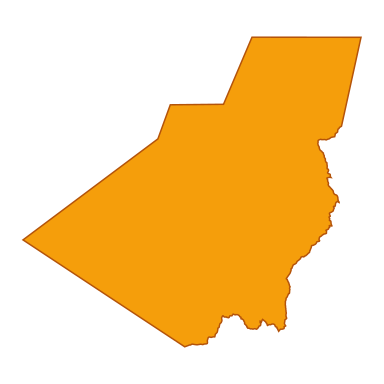 outline of Obura/Wonenara District, Eastern Highlands, Papua New Guinea
{"feature_id": "67681753B51845226746090", "entity_name": "Obura/Wonenara District", "entity_type": "district", "adm_level": 2, "iso_a3": "PNG", "parent_name": "Papua New Guinea", "parent_adm1": "Eastern Highlands", "projection": "orthographic", "projection_center": [145.927, -6.831], "detail": "fine", "context": "isolated", "style": "filled", "palette": "amber", "viewbox_px": 384, "rotation_deg": 0, "n_neighbors": 0, "source": "geoboundaries", "source_scale": "gbopen_adm2", "svg_char_len": 5695}
<svg xmlns="http://www.w3.org/2000/svg" viewBox="0 0 384 384"><path d="M252.0,37.2L223.5,104.3L170.3,104.8L157.9,138.9L42.9,225.0L23.0,239.9L108.6,296.5L184.0,346.3L184.7,346.8L186.1,346.3L187.2,345.9L188.8,345.3L189.4,345.0L190.2,345.0L190.8,344.9L191.2,344.5L192.2,344.1L195.2,344.6L197.1,344.8L200.8,344.2L201.7,344.4L202.9,344.6L203.9,344.1L206.7,343.8L207.3,343.4L207.5,342.5L207.3,340.7L208.1,337.9L208.7,337.2L209.7,337.0L211.1,337.4L213.4,336.8L214.7,336.9L215.0,336.1L215.1,335.2L215.4,334.2L216.1,333.5L217.1,332.4L217.5,331.2L217.8,329.5L217.8,328.7L217.9,328.2L218.7,327.7L219.2,327.1L219.4,325.7L219.8,324.1L220.1,323.5L220.7,323.1L221.3,322.4L221.6,321.5L221.9,320.9L221.9,319.9L221.7,318.9L221.6,317.8L222.6,315.9L223.3,315.9L224.0,316.8L224.9,317.1L226.2,316.9L227.1,317.5L227.7,317.5L228.3,317.7L228.7,317.7L229.2,317.3L229.6,316.3L230.0,315.8L231.0,315.8L231.9,315.8L233.1,314.1L233.9,314.3L234.3,314.6L235.2,314.9L235.6,314.6L237.7,314.7L238.4,315.1L239.2,315.6L239.9,316.8L240.8,317.1L241.0,317.4L240.9,318.3L241.2,319.0L242.1,318.9L243.6,320.2L243.9,321.2L244.5,322.1L244.6,322.8L244.6,323.7L244.9,324.2L245.7,324.7L246.1,325.5L246.6,325.8L246.8,326.7L247.3,327.0L247.2,327.4L247.8,328.2L248.4,328.2L249.2,328.3L249.7,328.5L250.3,328.9L251.6,328.8L252.2,329.0L253.1,329.1L253.8,328.9L254.4,328.7L255.4,328.8L256.3,329.2L256.8,329.1L257.5,328.5L258.3,327.6L259.2,326.0L260.3,325.7L260.6,325.2L260.8,323.9L260.6,323.3L260.1,322.3L260.2,321.2L260.8,321.5L261.4,322.1L261.7,321.4L262.2,320.0L262.6,319.4L263.0,319.7L264.2,320.7L265.8,322.0L266.0,322.7L266.6,323.2L267.0,324.1L267.2,325.1L267.7,325.5L268.5,324.8L269.2,324.6L269.9,324.7L270.7,324.7L272.1,324.0L273.7,324.1L274.6,324.7L275.0,325.5L275.4,326.6L276.9,327.3L277.0,328.2L277.3,328.5L278.7,331.3L280.4,329.2L282.1,329.2L283.8,328.7L284.0,328.4L284.2,327.9L284.1,326.8L285.1,326.3L285.7,325.9L285.6,325.6L285.1,325.1L284.5,323.8L284.4,323.4L284.8,321.3L284.8,320.0L285.4,319.6L286.6,318.5L286.5,317.9L286.5,317.4L286.0,316.7L286.1,316.1L285.9,315.0L286.3,313.1L286.0,311.5L286.0,310.7L285.8,309.8L285.8,308.4L285.5,307.2L285.6,306.0L285.3,305.2L285.4,302.4L285.3,301.7L285.8,300.3L286.0,299.6L286.1,298.2L287.2,296.9L287.6,295.8L288.6,293.6L289.1,293.6L289.4,293.3L289.6,292.1L289.6,290.7L289.9,289.6L289.6,288.8L289.6,287.9L290.1,286.8L289.6,286.0L289.4,285.2L289.1,284.1L288.6,282.5L288.0,281.6L287.2,279.5L286.5,279.1L286.3,278.5L289.1,274.6L289.6,273.9L290.1,273.1L290.4,272.5L290.5,271.7L290.9,271.1L291.0,270.6L291.1,269.9L291.0,268.9L291.5,268.6L292.0,268.1L292.2,267.3L292.5,266.6L293.0,265.4L293.3,264.9L294.0,264.5L295.4,263.8L296.2,263.2L296.5,262.7L296.9,261.8L297.2,261.3L298.3,260.5L298.9,260.1L299.6,259.3L300.4,258.8L300.9,257.3L301.5,257.0L302.1,256.6L302.9,256.7L303.8,256.9L304.1,256.7L304.6,256.1L305.4,255.9L305.8,255.7L306.3,255.2L306.8,254.8L307.3,254.4L307.8,253.8L308.6,253.0L309.3,252.6L309.6,252.1L309.7,251.6L309.8,250.6L310.2,250.2L310.4,249.6L310.6,248.9L310.9,248.3L311.2,247.6L311.4,246.7L311.5,245.9L311.9,245.5L312.8,245.4L313.7,245.1L314.4,244.7L315.1,244.4L316.0,243.6L316.5,242.7L316.9,241.8L317.5,241.6L318.2,241.5L319.2,241.3L319.6,240.7L319.4,240.2L319.1,239.8L319.0,239.3L319.2,238.5L319.3,237.9L319.8,236.9L320.4,236.6L320.9,236.3L321.5,235.9L321.9,235.5L322.4,235.0L323.0,234.7L323.7,234.2L324.2,234.0L325.2,233.8L325.9,233.6L326.4,233.3L326.5,232.9L326.4,232.4L326.5,231.8L326.5,231.1L326.2,230.7L326.0,230.3L326.4,230.0L326.9,229.9L328.4,229.1L328.6,228.7L328.7,228.1L329.0,227.8L329.4,227.5L329.7,227.1L329.3,225.8L329.6,225.6L330.2,225.9L330.7,225.9L331.1,225.8L331.6,226.0L331.9,225.9L331.8,225.5L331.3,224.5L331.1,223.6L331.0,222.9L331.0,222.0L330.8,221.2L330.5,220.8L329.6,220.6L329.4,220.2L329.5,219.8L329.7,219.1L329.7,218.5L329.2,217.7L329.1,217.2L329.2,216.8L329.8,216.5L330.2,216.3L330.2,215.8L329.9,215.2L329.6,214.5L329.4,213.4L329.6,213.0L330.0,212.8L330.8,212.4L331.5,212.1L332.1,211.7L333.3,210.8L333.4,209.9L333.6,209.3L334.1,208.5L333.9,207.8L333.6,207.1L333.5,206.6L333.9,206.3L334.2,206.6L334.7,206.6L335.0,206.3L335.4,205.3L335.4,204.3L335.6,203.5L336.0,202.5L337.2,201.5L338.2,202.0L339.1,202.5L339.1,202.1L338.3,200.9L338.1,200.0L337.9,199.0L337.9,197.9L337.7,197.0L337.4,196.2L336.9,195.4L336.1,194.9L334.9,194.5L334.4,194.1L333.9,193.5L333.6,193.0L333.4,192.2L333.2,191.0L332.2,189.6L331.7,189.3L331.5,188.8L331.0,188.5L330.7,188.0L329.9,187.1L329.1,186.3L328.6,185.8L328.2,184.6L328.2,184.3L328.5,183.8L328.4,183.1L328.2,182.3L327.8,181.6L327.6,181.0L327.7,179.9L327.1,178.9L326.9,178.2L327.4,177.8L327.8,177.7L328.8,177.5L329.6,177.3L331.0,177.5L330.6,177.0L330.4,176.5L330.3,175.5L330.2,174.5L329.7,174.0L329.1,173.9L328.3,173.6L327.6,172.9L327.7,172.4L328.1,171.7L328.5,170.7L328.6,170.3L328.4,169.6L327.9,169.0L327.2,168.8L327.1,168.3L327.1,167.7L327.2,166.8L327.2,165.7L327.0,164.5L326.9,162.8L326.5,162.5L325.9,162.0L325.7,161.5L325.4,160.7L325.3,160.0L325.4,159.0L325.0,158.4L324.3,157.2L324.2,156.8L324.3,156.3L324.2,155.6L323.9,155.0L323.5,154.3L323.4,153.7L323.4,153.1L323.0,152.7L322.4,152.3L322.0,151.8L321.8,151.4L321.1,150.9L320.4,150.4L319.9,149.7L319.6,149.1L319.3,148.1L319.1,146.8L318.9,146.5L318.6,145.9L318.1,145.1L318.0,144.3L317.8,143.5L317.9,143.1L318.1,142.4L318.1,141.9L318.0,141.3L318.1,140.7L318.3,140.3L318.6,140.1L319.5,139.7L320.3,139.4L320.9,139.3L321.4,139.5L321.9,139.7L322.5,139.6L323.5,139.6L324.9,139.5L326.0,139.9L326.3,139.9L326.9,139.6L328.1,139.1L329.1,138.9L331.1,137.4L332.9,137.0L334.7,136.7L335.1,135.0L335.3,133.7L337.1,132.4L337.6,131.9L337.7,130.7L337.8,129.9L338.1,129.1L338.9,128.6L339.5,127.4L340.3,127.0L341.5,126.2L361.0,37.3L252.0,37.2Z" fill="#f59e0b" stroke="#b45309" stroke-width="1.5"/></svg>